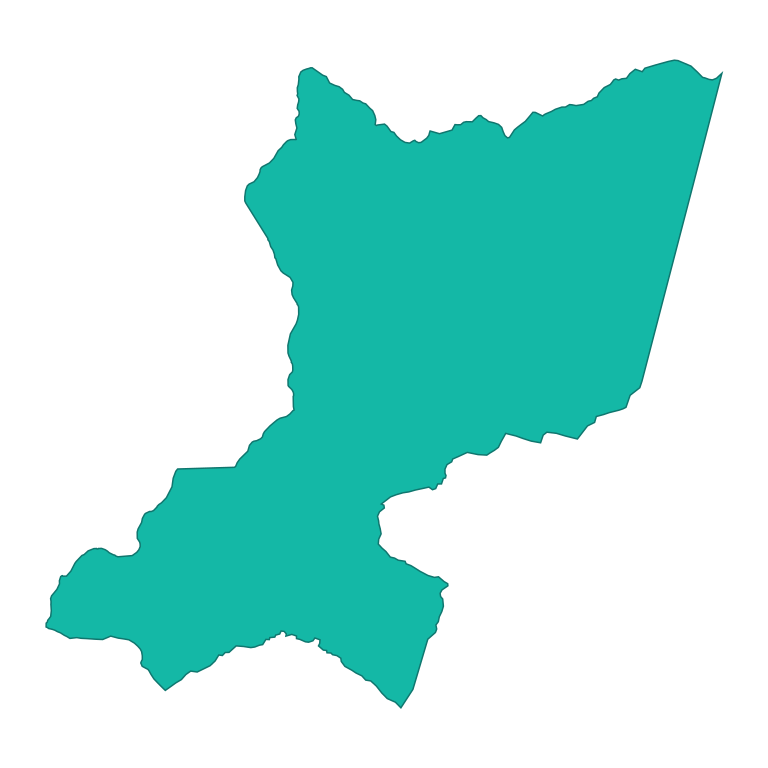 the district of Kerowagi District, Chimbu, Papua New Guinea
{"feature_id": "67681753B87075693473901", "entity_name": "Kerowagi District", "entity_type": "district", "adm_level": 2, "iso_a3": "PNG", "parent_name": "Papua New Guinea", "parent_adm1": "Chimbu", "projection": "mercator", "projection_center": [144.832, -5.936], "detail": "fine", "context": "isolated", "style": "filled", "palette": "teal", "viewbox_px": 768, "rotation_deg": 0, "n_neighbors": 0, "source": "geoboundaries", "source_scale": "gbopen_adm2", "svg_char_len": 5771}
<svg xmlns="http://www.w3.org/2000/svg" viewBox="0 0 768 768"><path d="M165.3,690.4L170.8,686.5L175.8,682.9L181.4,679.6L185.9,674.5L190.7,671.1L197.2,672.0L210.1,665.7L215.1,661.0L218.8,655.0L222.4,655.5L225.2,652.5L229.0,652.4L236.2,645.9L243.7,646.5L250.8,647.6L254.8,647.0L259.4,645.2L262.7,644.6L265.9,639.4L269.3,639.6L269.8,637.6L274.8,637.1L275.7,635.1L279.7,634.0L281.1,631.0L284.2,631.4L286.3,633.9L285.9,636.1L291.8,634.4L296.5,636.0L296.5,638.6L299.9,639.4L305.4,641.8L308.6,642.2L312.9,640.8L314.9,638.0L320.0,639.8L319.7,643.4L318.5,645.9L323.3,650.1L326.6,650.5L327.0,652.8L330.9,653.0L332.6,654.7L336.9,655.6L340.8,658.2L341.3,661.5L344.9,666.4L351.8,670.2L356.0,673.0L361.8,675.8L365.7,680.1L370.7,680.9L376.4,686.1L381.8,693.0L387.3,698.6L395.4,702.2L400.9,707.8L412.9,689.4L427.8,639.2L435.2,632.7L435.6,632.1L436.7,629.0L435.9,625.0L438.3,621.7L439.3,616.8L441.8,611.6L443.4,606.2L442.7,599.0L440.6,596.5L440.1,593.3L442.0,589.9L447.9,585.8L447.7,583.7L444.1,581.6L438.5,576.8L434.4,577.4L428.0,575.5L420.0,571.3L414.5,567.8L410.9,565.6L406.1,563.8L405.1,561.3L398.2,560.2L394.6,558.1L390.3,557.1L385.9,551.5L382.0,548.1L378.3,544.1L378.7,539.2L381.1,533.9L380.2,528.7L378.9,523.9L378.6,520.9L377.5,516.2L379.5,511.8L384.3,508.0L383.9,505.2L381.3,504.0L387.4,499.3L390.5,496.9L396.3,494.7L402.9,492.8L408.8,491.9L415.5,490.0L423.5,488.3L428.9,487.1L432.5,489.7L435.7,488.6L437.7,484.0L441.5,483.9L443.3,478.5L445.5,477.9L446.0,475.5L445.0,473.3L445.0,469.1L447.0,464.6L451.7,461.8L452.7,459.0L459.3,456.1L467.3,452.4L478.0,454.6L486.8,455.1L490.1,452.9L494.4,450.3L498.4,447.3L501.3,441.3L503.9,436.7L505.7,433.4L516.1,436.0L523.0,438.5L531.2,441.1L540.6,442.8L543.2,435.1L546.9,432.2L556.4,433.3L565.4,436.0L577.4,439.0L587.5,425.9L594.6,422.4L596.3,416.5L603.4,414.6L609.3,412.6L618.9,410.2L623.0,408.8L626.0,407.3L630.1,395.3L639.8,387.7L641.9,381.4L662.9,300.6L692.9,185.6L721.9,73.3L718.4,76.5L716.6,78.2L714.0,79.3L712.3,79.9L709.0,79.4L704.9,77.9L702.6,77.4L697.3,72.0L691.0,66.1L678.0,60.6L674.3,60.2L668.2,61.5L656.2,64.8L644.9,68.2L642.2,71.7L635.3,69.3L629.9,73.6L626.5,78.3L621.8,78.8L618.7,80.1L615.6,79.0L613.7,80.0L612.3,82.0L610.3,84.5L604.2,87.6L599.0,93.0L597.3,96.8L593.6,98.3L591.4,100.5L588.1,101.3L583.7,104.4L576.1,105.6L571.9,104.8L569.6,104.6L565.4,107.1L561.8,107.1L555.3,109.3L551.4,111.5L546.1,113.7L544.3,114.6L542.7,116.0L535.3,112.4L532.9,112.3L530.1,115.7L528.0,118.2L525.3,121.4L521.9,123.9L517.7,127.1L514.4,129.9L509.5,137.4L507.5,137.9L504.9,135.6L503.2,131.8L501.7,127.4L498.5,124.4L493.9,122.8L488.6,121.6L486.1,119.5L483.0,117.8L480.9,115.6L478.7,115.7L475.8,118.3L472.3,121.8L466.2,121.7L463.6,122.3L460.7,124.7L457.7,124.8L455.0,124.6L452.0,130.1L444.7,132.2L439.5,133.7L430.1,131.0L429.5,132.8L428.8,135.4L426.7,138.2L421.1,142.4L418.6,142.7L416.0,141.5L414.8,140.3L413.3,140.8L409.6,143.1L405.0,142.4L400.5,139.8L396.5,136.0L393.9,132.4L390.9,131.5L387.0,126.1L384.5,124.1L377.6,125.0L376.5,125.5L375.2,124.6L375.8,119.7L374.8,115.5L372.6,110.6L369.7,108.1L365.7,103.8L364.2,103.4L362.8,102.9L359.7,100.8L356.7,100.4L352.6,99.5L349.0,95.2L344.4,92.4L342.6,89.3L339.1,86.7L334.8,85.4L329.6,83.0L326.3,76.6L322.7,75.2L312.2,67.8L310.6,67.8L308.6,68.5L306.6,69.0L303.1,70.3L300.8,72.0L298.8,76.7L298.9,79.1L298.3,84.7L297.3,87.7L297.4,91.6L297.7,93.8L297.1,95.5L298.9,98.9L298.7,101.4L298.3,103.0L297.7,104.8L297.2,108.4L299.1,111.4L299.2,114.1L298.3,116.4L296.3,117.7L295.3,119.9L295.8,123.6L296.9,128.0L294.8,134.6L296.4,140.0L296.0,139.5L294.5,139.5L290.6,139.6L287.9,140.6L286.6,141.5L283.5,144.7L281.7,147.4L278.2,150.6L273.8,158.4L269.4,163.0L262.3,166.7L260.9,168.1L260.1,169.9L260.1,171.3L259.2,174.0L257.5,177.6L254.0,181.8L249.1,184.1L247.3,185.9L245.6,190.5L244.8,196.8L244.8,200.9L245.8,203.1L267.9,238.5L267.9,239.8L269.3,241.6L270.7,246.6L273.0,250.1L274.4,254.2L274.9,257.8L275.8,258.7L277.7,265.0L280.9,270.8L283.2,273.0L290.1,277.4L293.0,282.4L292.8,286.0L291.6,290.1L292.1,294.6L293.5,297.7L297.2,303.6L297.2,304.5L298.1,305.4L298.6,307.1L298.7,314.4L297.4,320.3L296.1,323.9L290.4,333.9L287.9,345.3L288.0,353.0L289.0,356.1L291.3,361.0L291.3,362.4L292.3,363.7L292.7,366.0L292.8,370.1L292.4,371.9L289.7,374.6L288.0,379.6L288.1,385.5L288.6,386.4L291.8,389.5L293.1,391.8L293.6,393.6L293.6,395.8L293.2,396.3L293.4,406.7L294.1,410.0L293.0,410.6L289.9,414.0L286.8,416.3L285.9,416.7L280.1,418.2L277.0,420.0L270.3,425.6L264.6,431.5L263.3,433.8L262.4,437.0L260.6,438.8L256.6,440.7L253.9,441.2L252.2,442.1L249.5,445.3L247.8,451.2L239.8,459.0L237.2,462.7L235.8,466.1L234.6,467.3L177.6,469.0L175.8,471.3L173.2,478.2L172.0,486.8L166.4,497.7L161.5,502.8L158.8,504.6L157.1,506.4L157.1,506.9L153.5,510.6L151.3,511.5L149.5,511.5L145.5,513.4L144.6,514.3L142.4,518.4L141.6,522.5L138.1,528.9L137.2,532.1L137.3,538.4L139.6,542.0L140.1,543.8L140.2,546.5L138.9,549.7L136.7,552.4L132.2,555.6L117.9,556.8L115.6,555.9L114.7,555.0L113.8,555.0L109.3,552.8L107.4,551.1L105.2,549.7L101.6,548.4L98.4,548.5L98.0,548.9L97.1,549.0L96.6,548.5L93.9,548.6L88.1,550.9L84.1,554.6L81.9,555.5L76.2,561.5L74.9,563.3L70.9,571.1L66.5,576.1L62.9,576.2L62.5,575.7L62.0,575.7L60.7,576.6L59.4,580.7L59.5,583.9L56.9,589.4L51.6,595.8L50.6,598.7L51.0,601.1L51.0,603.8L50.9,604.0L51.3,610.7L50.7,616.4L49.1,618.6L47.8,620.2L47.2,622.3L46.2,623.1L46.1,627.0L47.3,627.5L48.6,628.5L52.2,629.3L54.8,630.2L57.3,631.6L60.4,632.8L64.3,635.3L66.8,636.5L69.9,638.4L76.8,637.6L81.1,638.3L86.9,638.6L95.5,639.2L99.9,639.4L102.7,639.5L107.5,637.5L110.7,636.1L118.2,638.1L124.3,639.0L128.9,639.8L134.4,643.1L137.7,646.1L140.2,648.9L141.6,651.6L142.3,655.8L142.3,659.5L141.3,661.5L140.8,663.0L142.2,666.3L145.7,668.2L148.0,669.4L149.2,671.1L151.0,674.4L153.9,678.9L158.2,683.4L163.6,688.8L165.3,690.4Z" fill="#14b8a6" stroke="#0f766e" stroke-width="1.5"/></svg>